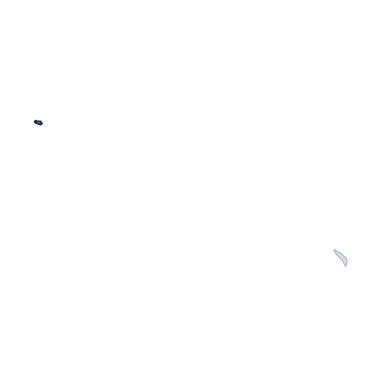 Temotu, Tuvalu shown in context, rotated 321°
{"feature_id": "33948139B29442200117602", "entity_name": "Temotu", "entity_type": "district", "adm_level": 2, "iso_a3": "TUV", "parent_name": "Tuvalu", "parent_adm1": "", "projection": "orthographic", "projection_center": [178.67, -7.47], "detail": "fine", "context": "in_parent", "style": "filled", "palette": "slate", "viewbox_px": 384, "rotation_deg": 321, "n_neighbors": 0, "source": "geoboundaries", "source_scale": "gbopen_adm2", "svg_char_len": 1310}
<svg xmlns="http://www.w3.org/2000/svg" viewBox="0 0 384 384"><g transform="rotate(321 192 192)"><path d="M269.5,342.9L265.7,346.0L264.4,346.0L265.8,339.5L265.0,332.8L265.2,327.4L266.5,326.4L268.9,332.6L270.3,340.3L269.5,342.9Z" fill="#d9dde1" stroke="#a8b0b8" stroke-width="1"/><path d="M117.7,44.4L117.8,44.3L117.9,44.2L118.0,44.1L118.3,44.0L118.5,44.2L118.5,43.9L118.9,43.3L118.3,42.9L118.8,42.0L118.7,41.9L118.8,41.8L118.7,41.7L118.4,41.5L118.3,41.4L118.2,41.2L117.7,40.8L117.5,40.6L117.4,40.5L116.7,39.9L116.3,39.5L116.1,39.3L116.0,39.2L115.9,39.0L115.9,38.8L115.8,38.7L115.8,38.4L115.7,38.4L115.6,38.5L115.4,38.6L115.2,38.7L115.0,38.8L114.9,38.9L114.8,39.0L114.7,39.1L114.8,39.2L115.0,39.3L115.0,39.5L114.9,39.6L114.8,39.8L114.7,39.8L114.6,40.0L114.4,39.9L114.2,39.8L114.2,39.7L114.0,39.3L114.0,39.2L113.9,38.9L114.0,38.8L114.0,38.7L114.2,38.4L114.3,38.2L114.5,38.1L114.8,38.2L114.7,38.3L114.7,38.5L114.8,38.6L115.0,38.6L115.3,38.4L115.4,38.2L115.2,38.1L114.9,38.0L114.7,38.0L114.4,38.1L114.2,38.2L114.1,38.3L113.9,38.5L113.7,38.8L113.7,39.1L113.7,39.3L113.7,39.6L113.8,39.9L114.0,40.0L114.3,40.6L114.5,40.9L114.9,41.6L115.4,42.4L115.4,42.6L115.8,43.0L116.2,43.7L116.4,44.1L116.7,44.5L116.8,44.6L117.0,44.6L117.5,44.5L117.7,44.4L117.7,44.4Z" fill="#64748b" stroke="#1e293b" stroke-width="1.5"/></g></svg>